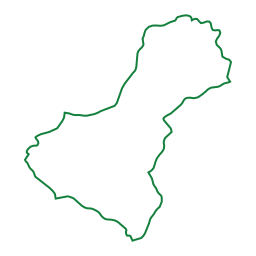 SVG path tracing the border of Dhawalagiri
{"feature_id": "NPL-1125", "entity_name": "Dhawalagiri", "entity_type": "Administrative Zone", "adm_level": 1, "iso_a3": "NPL", "parent_name": "Nepal", "parent_adm1": "", "projection": "mercator", "projection_center": [83.63, 28.648], "detail": "fine", "context": "isolated", "style": "outline", "palette": "green", "viewbox_px": 256, "rotation_deg": 0, "n_neighbors": 0, "source": "natural_earth", "source_scale": "10m", "svg_char_len": 2348}
<svg xmlns="http://www.w3.org/2000/svg" viewBox="0 0 256 256"><path d="M187.1,15.4L189.0,15.9L190.5,16.6L191.4,18.0L191.8,20.3L193.7,19.3L195.6,18.8L197.4,19.2L198.8,21.0L200.9,23.1L203.6,22.7L206.5,21.5L209.3,21.6L210.7,23.2L211.7,28.0L212.7,29.9L214.8,30.4L217.3,30.1L219.3,30.3L220.3,32.8L219.3,35.7L217.2,38.5L215.8,41.4L216.7,44.8L220.1,48.1L221.0,49.4L221.5,51.0L222.4,56.6L225.9,58.7L229.3,59.8L231.0,62.1L227.2,77.1L230.1,81.7L228.7,82.3L224.0,83.5L219.8,86.1L217.8,86.8L211.4,87.6L209.1,88.6L207.3,89.9L206.2,91.1L202.3,94.3L198.3,97.1L195.8,97.9L193.3,98.2L190.3,97.7L187.3,97.8L185.3,98.6L184.0,99.9L182.1,103.3L180.6,105.0L170.8,113.5L167.0,115.5L164.9,116.9L163.7,118.0L163.4,118.8L164.1,120.5L170.6,128.2L171.1,129.5L171.6,132.0L165.2,137.9L164.4,139.5L163.7,142.1L164.2,146.3L163.8,148.9L162.6,151.1L160.4,153.8L160.0,154.1L157.0,158.2L155.9,160.7L153.6,168.0L152.2,169.7L151.1,170.8L148.4,172.4L151.9,178.4L153.4,184.2L154.5,186.1L156.1,188.3L157.4,191.5L158.5,193.1L161.2,195.7L161.7,197.2L161.8,201.6L159.6,207.0L157.8,208.5L155.8,210.7L153.9,214.0L150.8,218.0L150.1,219.4L149.0,223.4L145.0,233.3L143.1,236.2L141.2,238.0L132.5,240.6L130.4,236.0L129.1,235.5L127.9,235.7L126.8,235.4L126.1,233.6L125.9,231.6L126.4,230.6L126.1,229.3L125.2,228.3L118.0,222.1L116.4,221.1L114.4,220.3L111.2,219.7L106.9,219.4L104.8,218.8L102.4,217.0L101.0,215.4L99.9,213.6L98.6,212.2L96.7,210.9L93.3,209.2L91.2,208.5L87.2,208.3L84.9,207.6L81.9,205.8L73.5,198.3L70.3,197.0L67.7,196.3L55.7,198.6L54.9,193.9L52.9,191.1L49.5,187.8L35.3,176.7L33.6,172.0L32.5,170.6L30.5,168.7L29.3,167.1L27.4,162.9L25.9,161.5L25.0,159.8L28.7,154.2L26.8,152.6L26.8,151.2L27.7,149.4L30.4,146.8L32.8,145.9L34.6,145.6L36.3,145.7L37.5,145.1L38.3,143.4L38.2,141.9L37.7,140.7L36.0,138.6L35.5,137.3L37.3,135.9L40.9,134.2L49.1,132.0L57.2,128.3L62.2,121.2L64.0,117.7L64.7,112.7L69.1,113.4L73.2,114.8L75.6,115.1L79.2,115.0L84.1,115.7L86.9,115.7L94.3,114.1L97.5,112.9L101.0,111.0L114.7,105.8L116.9,102.9L122.0,88.4L124.8,83.5L133.3,72.5L134.6,71.3L135.6,69.6L136.3,67.0L137.5,53.4L138.3,51.3L139.8,49.3L141.5,47.8L142.9,45.9L143.5,44.6L142.6,38.5L142.7,38.4L143.8,35.9L144.5,32.9L145.6,30.0L148.7,26.9L152.5,25.6L156.4,25.5L160.3,25.8L163.7,25.4L170.6,22.0L174.2,20.9L175.4,20.4L176.7,18.0L177.6,17.1L182.3,15.8L185.2,15.4L187.1,15.4Z" fill="none" stroke="#15803d" stroke-width="2"/></svg>